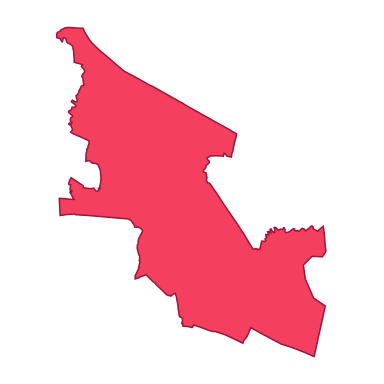 Jonacatepec, Morelos, Mexico, rotated 179°
{"feature_id": "50627088B27637916408907", "entity_name": "Jonacatepec", "entity_type": "district", "adm_level": 2, "iso_a3": "MEX", "parent_name": "Mexico", "parent_adm1": "Morelos", "projection": "robinson", "projection_center": [-98.798, 18.657], "detail": "fine", "context": "isolated", "style": "filled", "palette": "rose", "viewbox_px": 384, "rotation_deg": 179, "n_neighbors": 0, "source": "geoboundaries", "source_scale": "gbopen_adm2", "svg_char_len": 5949}
<svg xmlns="http://www.w3.org/2000/svg" viewBox="0 0 384 384"><g transform="rotate(179 192 192)"><path d="M323.4,354.1L324.0,353.6L324.5,351.8L324.6,348.7L321.2,347.6L319.4,344.5L319.1,344.4L318.9,344.5L318.6,345.5L318.5,347.1L317.8,347.9L317.6,348.3L317.4,348.4L317.0,348.3L316.3,348.1L316.1,347.9L315.8,347.8L315.4,347.4L315.3,347.1L315.0,346.3L315.0,345.8L314.9,345.1L314.5,343.9L313.5,343.0L311.9,342.4L309.3,340.4L308.4,338.5L308.4,337.9L308.5,337.3L307.9,334.9L307.8,331.3L307.4,326.8L307.6,323.8L305.8,323.2L300.9,321.8L299.5,321.3L300.4,319.6L299.4,318.1L297.8,316.4L297.1,314.0L298.1,312.9L299.0,311.9L299.9,310.7L300.2,309.3L299.0,307.7L298.9,305.1L298.6,302.7L298.1,301.2L298.6,300.7L300.7,299.9L302.1,297.1L303.0,295.7L303.9,292.8L305.2,291.1L306.3,290.3L306.1,288.7L305.1,286.0L305.5,284.5L306.9,284.0L310.0,285.9L310.8,285.1L310.9,284.0L309.9,283.4L306.6,280.7L306.5,279.5L307.4,279.0L310.6,278.8L310.8,277.1L312.0,275.6L313.1,275.5L313.9,275.0L314.0,274.4L313.9,273.4L312.8,272.7L311.7,271.4L310.9,271.1L310.2,270.3L310.2,269.4L310.9,268.9L311.8,268.6L312.2,267.7L312.4,266.1L312.3,264.9L310.7,263.8L310.8,263.1L311.4,262.7L313.4,263.1L314.1,262.1L313.5,261.3L311.8,261.1L311.5,259.0L310.9,258.0L310.4,256.7L311.1,255.4L312.3,254.0L310.8,252.9L309.5,252.1L308.5,251.8L304.7,249.9L303.8,249.6L303.7,249.6L294.7,245.3L294.2,245.0L294.1,242.2L294.9,240.4L295.0,240.3L295.4,238.1L295.3,237.8L295.4,237.5L296.2,237.0L296.2,236.5L296.5,236.1L296.4,235.0L297.0,233.2L297.2,232.2L297.6,224.5L296.5,224.8L294.1,225.1L293.9,225.0L293.2,224.5L292.6,223.6L292.1,223.2L290.5,222.4L287.5,222.2L286.4,221.4L286.2,221.6L285.4,220.9L283.2,214.9L282.9,211.2L282.9,209.3L282.7,207.4L283.4,201.9L284.2,199.0L283.9,196.8L285.4,197.4L285.6,194.7L287.8,194.3L290.3,197.7L292.7,197.1L297.5,197.6L300.3,198.2L300.9,200.3L312.6,208.4L314.3,205.5L315.2,202.1L314.8,201.6L314.1,201.4L313.2,201.4L313.4,199.9L313.8,198.4L314.0,197.2L313.6,195.9L312.3,195.6L312.0,195.2L312.2,194.6L312.5,194.1L313.5,194.6L313.9,194.3L314.1,193.8L312.4,191.3L312.2,190.4L311.4,188.5L310.0,186.7L311.5,186.6L321.1,187.7L324.8,188.0L324.7,183.2L324.5,178.6L324.3,170.8L317.5,171.6L309.8,172.1L309.0,171.4L303.8,170.9L296.8,170.4L264.2,167.0L256.6,166.2L253.7,164.9L250.3,159.9L250.0,157.9L247.9,157.7L247.5,157.9L246.4,157.9L244.1,156.5L243.0,155.6L241.9,153.8L242.5,152.9L243.6,151.0L246.0,146.4L246.3,145.7L246.7,143.9L246.6,142.3L246.8,141.2L247.6,139.9L247.7,137.9L247.8,136.7L247.4,134.9L247.0,133.2L246.3,130.2L245.4,129.0L245.7,125.0L246.0,124.2L245.2,123.3L246.7,117.5L246.2,117.3L247.7,114.5L248.8,111.9L250.2,109.6L250.4,106.1L248.5,106.6L246.5,107.2L246.0,107.7L245.8,107.8L241.4,109.3L239.6,109.9L239.2,110.2L237.7,108.4L232.5,102.9L230.9,101.9L230.4,101.4L229.7,100.7L229.9,100.4L223.5,94.2L219.9,90.5L218.9,89.5L218.2,89.3L217.2,89.0L214.9,88.2L214.3,89.2L213.8,89.3L213.5,89.4L212.8,89.9L212.3,90.3L210.4,90.9L209.4,87.2L209.0,84.7L208.9,83.8L208.7,82.6L208.2,80.2L208.1,78.7L207.9,77.5L207.8,75.0L207.3,72.1L207.0,69.2L206.7,67.9L206.6,67.5L204.0,66.3L203.8,65.1L203.9,64.5L203.5,63.5L204.2,62.1L204.6,60.8L203.4,60.1L203.6,59.3L203.5,58.1L202.1,57.9L200.8,57.8L198.3,57.5L195.6,56.9L194.8,56.6L194.0,56.6L194.0,56.9L192.2,59.2L191.9,58.6L190.4,58.2L188.7,57.5L187.4,57.2L186.3,56.8L181.2,54.8L179.8,54.2L179.7,54.1L173.7,52.1L172.8,52.2L171.6,52.2L161.9,48.9L160.6,48.3L160.1,48.0L158.0,47.0L153.6,44.9L143.8,39.9L142.9,42.3L142.7,42.8L142.0,43.7L140.4,45.2L139.7,46.2L138.4,48.8L136.0,54.3L135.6,55.4L134.7,54.7L134.4,54.6L131.7,53.0L131.2,52.8L127.3,50.6L126.8,50.2L125.7,49.6L124.8,49.1L122.2,47.6L121.5,47.2L121.4,47.2L120.7,46.9L117.4,44.9L117.1,44.8L113.5,42.8L105.3,38.3L94.5,34.7L82.6,29.8L72.8,25.3L60.7,75.7L72.3,83.9L80.2,103.0L81.9,117.0L73.0,125.6L62.7,124.9L60.1,128.7L59.3,130.2L59.2,131.0L59.5,133.4L60.6,149.1L61.3,155.4L65.7,152.1L66.7,150.6L69.9,152.0L71.2,152.9L71.5,154.8L72.6,156.1L73.7,155.6L76.0,153.5L78.9,151.2L80.3,152.8L82.5,153.8L83.8,152.8L85.3,151.1L86.1,150.9L87.1,151.6L89.1,151.2L90.2,152.0L89.9,153.1L91.4,153.5L93.1,152.3L95.3,150.5L98.7,149.7L99.7,150.7L99.6,152.7L100.3,154.5L101.1,154.7L102.1,152.8L103.9,153.4L105.9,152.5L107.0,152.7L108.1,154.4L109.7,155.3L110.5,155.0L110.0,152.8L110.0,150.3L110.9,150.0L113.0,152.3L113.4,153.6L114.3,153.6L114.7,152.7L113.7,149.9L115.0,150.0L116.0,151.2L117.2,150.9L116.1,147.9L117.4,147.9L118.9,148.3L119.0,147.0L118.0,145.2L118.5,144.9L119.3,144.4L119.8,143.8L119.1,142.1L120.6,141.3L122.9,141.8L123.5,140.6L125.2,133.5L127.1,133.7L127.5,133.1L128.3,134.0L129.5,134.3L131.0,133.7L132.1,134.1L134.0,137.1L141.2,149.6L149.1,162.0L159.7,178.0L167.8,191.0L170.5,194.8L171.7,196.8L172.8,198.5L174.3,200.5L174.5,200.5L175.4,200.7L176.1,200.9L176.6,201.1L176.7,202.2L177.4,203.6L177.3,204.8L177.0,205.1L176.7,205.7L177.1,207.6L177.2,209.0L177.5,209.8L177.7,211.0L178.8,211.3L180.2,212.1L180.2,213.3L179.5,214.2L178.0,215.7L177.5,217.2L177.5,218.2L175.5,219.8L174.6,220.6L174.1,221.5L174.3,222.6L176.3,224.6L176.4,225.8L174.1,226.9L172.3,228.2L171.6,227.7L167.6,227.8L160.3,227.4L160.0,227.2L159.2,230.3L158.3,229.6L157.2,228.3L156.2,227.2L154.9,226.9L152.0,226.2L151.5,229.5L151.2,230.5L150.4,232.3L150.5,232.4L149.1,238.9L148.9,238.9L148.5,240.9L147.9,242.9L146.3,249.2L151.3,252.3L152.2,253.0L152.4,253.1L159.7,257.2L160.1,257.5L162.3,258.7L174.7,266.0L179.1,268.5L179.7,268.9L182.6,270.6L191.2,275.6L193.2,276.7L197.8,279.5L199.5,280.8L201.4,281.9L203.2,282.7L206.6,284.9L208.2,285.8L211.7,287.8L211.9,288.0L214.5,289.4L214.7,289.5L216.5,290.6L218.0,291.5L219.8,292.5L221.6,293.6L223.4,294.7L223.5,294.7L229.7,298.4L232.4,299.5L237.7,302.7L241.0,304.6L246.8,308.0L256.7,313.4L257.5,313.9L259.9,315.9L276.9,330.9L280.9,334.3L284.5,337.8L289.5,342.8L291.7,345.8L292.1,346.3L295.8,352.6L298.3,357.7L298.6,357.6L301.1,357.7L307.5,358.2L311.0,358.6L313.1,358.7L315.1,358.5L315.7,358.4L316.7,358.0L320.2,356.3L321.4,354.9L323.4,354.1Z" fill="#f43f5e" stroke="#9f1239" stroke-width="1.5"/></g></svg>